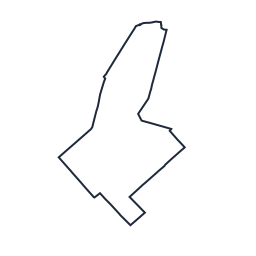 Lunca, Teleorman, Romania, rotated 156°
{"feature_id": "2599482B88621270188908", "entity_name": "Lunca", "entity_type": "district", "adm_level": 2, "iso_a3": "ROU", "parent_name": "Romania", "parent_adm1": "Teleorman", "projection": "equal_earth", "projection_center": [24.774, 43.859], "detail": "fine", "context": "isolated", "style": "outline", "palette": "slate", "viewbox_px": 256, "rotation_deg": 156, "n_neighbors": 0, "source": "geoboundaries", "source_scale": "gbopen_adm2", "svg_char_len": 1590}
<svg xmlns="http://www.w3.org/2000/svg" viewBox="0 0 256 256"><g transform="rotate(156 128 128)"><path d="M74.4,217.6L74.5,217.7L74.8,217.2L75.5,217.2L75.7,217.7L78.0,217.8L79.5,217.8L81.0,216.6L86.2,213.2L96.9,206.1L104.3,201.1L114.1,194.5L124.9,187.1L125.8,186.3L126.3,186.0L127.5,185.6L129.3,184.6L128.7,182.4L130.8,180.4L132.6,178.4L138.2,171.9L139.9,169.9L141.7,167.3L143.9,164.0L146.7,160.1L148.3,158.2L149.9,156.5L156.7,147.9L159.5,144.3L160.2,143.4L162.1,142.1L203.2,129.4L201.1,122.7L197.6,111.6L197.0,109.5L193.5,98.4L191.3,91.1L187.5,79.1L187.0,78.2L186.9,78.2L182.2,79.3L181.1,79.6L180.1,79.8L177.5,71.9L175.3,66.3L172.7,58.6L170.7,52.6L170.5,51.6L168.1,45.4L166.7,41.8L165.3,38.2L165.0,38.3L147.0,43.8L154.6,64.4L149.4,66.1L137.8,70.0L133.4,71.3L120.0,75.5L118.3,76.1L110.7,78.3L110.2,78.5L108.7,79.4L102.1,81.6L89.8,85.5L84.1,87.2L84.2,87.7L87.9,98.4L90.8,107.7L91.0,108.5L88.9,109.4L88.8,109.5L102.0,120.5L106.8,124.5L112.1,128.8L112.6,129.5L113.0,136.6L113.0,136.8L97.5,146.5L93.0,152.0L90.8,154.5L89.1,156.9L87.3,159.2L85.8,160.9L83.6,163.7L80.4,167.6L78.6,169.8L77.1,171.7L72.0,178.1L69.3,181.4L66.3,185.1L63.3,188.8L60.7,191.9L52.8,202.0L55.2,203.4L56.8,205.8L56.0,207.7L55.9,208.0L56.0,208.0L55.9,208.4L55.2,210.5L54.9,211.5L55.0,211.6L55.3,211.7L56.3,212.1L57.1,212.6L57.5,212.8L57.9,213.0L58.2,213.2L58.4,213.4L59.1,213.9L61.4,214.3L61.9,214.5L62.4,214.5L62.5,214.6L63.6,214.8L65.9,215.5L66.2,215.6L67.7,216.3L69.0,216.8L70.2,217.2L71.2,217.5L71.6,217.6L72.3,217.7L72.6,217.6L73.1,217.6L74.0,217.6L74.4,217.6Z" fill="none" stroke="#1e293b" stroke-width="2"/></g></svg>